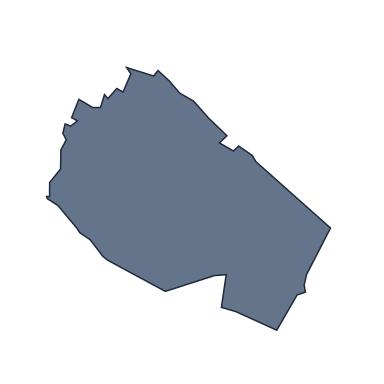 outline of Williamson, Tennessee, United States of America, rotated 200°
{"feature_id": "52423323B14548385416818", "entity_name": "Williamson", "entity_type": "district", "adm_level": 2, "iso_a3": "USA", "parent_name": "United States of America", "parent_adm1": "Tennessee", "projection": "orthographic", "projection_center": [-86.823, 35.875], "detail": "fine", "context": "isolated", "style": "filled", "palette": "slate", "viewbox_px": 384, "rotation_deg": 200, "n_neighbors": 0, "source": "geoboundaries", "source_scale": "gbopen_adm2", "svg_char_len": 771}
<svg xmlns="http://www.w3.org/2000/svg" viewBox="0 0 384 384"><g transform="rotate(200 192 192)"><path d="M54.8,143.1L56.1,153.8L49.5,205.5L142.4,242.4L147.8,246.9L163.9,251.2L167.1,244.7L183.0,247.5L178.4,256.8L201.8,267.2L221.7,278.0L237.4,280.7L251.3,288.6L265.5,294.5L267.8,287.9L296.0,286.6L289.9,282.1L291.0,262.3L298.1,263.6L302.9,251.1L307.6,253.6L306.9,240.1L314.2,237.4L330.0,240.4L330.6,220.7L324.0,219.6L328.5,212.5L334.5,212.6L333.5,203.1L328.0,198.0L329.6,186.7L323.4,168.7L329.0,152.2L324.3,139.0L327.1,138.1L325.7,136.2L313.5,133.5L287.9,118.7L283.4,115.3L271.4,112.3L253.5,100.9L247.1,98.9L183.1,89.5L142.4,121.1L131.6,126.0L124.9,93.6L110.2,94.6L65.1,91.1L58.0,131.2L51.2,136.7L54.8,143.1Z" fill="#64748b" stroke="#1e293b" stroke-width="1.5"/></g></svg>